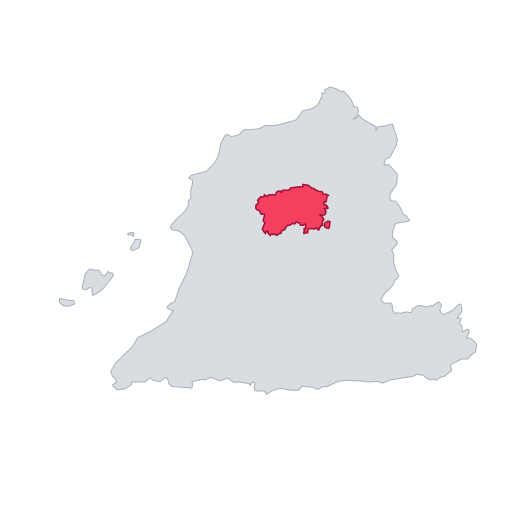 Spain, with Ciudad Real highlighted, rotated 170°
{"feature_id": "ESP-5816", "entity_name": "Ciudad Real", "entity_type": "Autonomous Community", "adm_level": 1, "iso_a3": "ESP", "parent_name": "Spain", "parent_adm1": "", "projection": "albers", "projection_center": [-4.048, 38.963], "detail": "fine", "context": "in_parent", "style": "filled", "palette": "rose", "viewbox_px": 512, "rotation_deg": 170, "n_neighbors": 0, "source": "natural_earth", "source_scale": "10m", "svg_char_len": 7983}
<svg xmlns="http://www.w3.org/2000/svg" viewBox="0 0 512 512"><g transform="rotate(170 256 256)"><path d="M269.5,117.8L269.5,119.2L271.9,121.7L278.9,123.0L280.7,124.1L280.5,127.7L278.9,130.8L280.4,132.1L282.1,132.0L284.1,129.5L284.5,131.1L287.8,132.5L294.8,135.1L299.8,135.3L305.1,140.7L313.4,139.3L321.2,144.3L328.2,142.8L329.8,143.8L340.7,143.4L341.1,139.0L342.3,137.2L361.6,142.2L364.1,145.8L363.8,147.7L365.1,152.0L367.5,151.7L372.4,148.9L379.1,151.5L380.9,154.1L382.3,154.2L387.0,151.2L400.4,153.4L400.8,151.3L401.7,150.7L407.1,148.4L409.3,147.8L416.5,148.6L417.5,151.0L419.0,151.9L419.7,154.0L415.7,155.6L415.5,159.3L418.3,162.3L419.1,167.7L412.5,175.2L392.9,188.6L386.6,196.1L371.5,200.7L356.0,206.9L347.0,216.8L349.5,217.4L352.5,220.5L351.6,222.0L347.6,224.4L343.9,225.2L337.5,237.2L328.3,249.7L325.0,255.3L318.0,269.7L318.1,273.7L322.4,287.6L324.8,291.2L328.0,294.1L333.9,296.5L335.5,299.0L333.6,301.6L327.9,306.2L318.0,312.6L313.9,317.4L313.1,321.9L310.2,324.1L309.3,330.4L305.6,339.4L305.4,341.7L308.7,344.7L305.6,346.8L289.8,348.1L280.2,355.3L275.4,361.5L271.2,372.9L265.9,379.7L263.5,381.0L259.7,378.1L255.0,377.8L250.5,378.8L248.2,381.2L244.5,382.5L240.9,381.5L233.0,380.9L229.6,381.1L224.1,383.0L219.4,381.8L211.5,381.2L194.5,382.7L192.3,383.4L184.7,391.0L176.4,391.1L168.8,394.1L163.7,401.4L162.6,405.4L161.2,404.4L160.0,404.7L159.3,407.8L154.1,409.6L148.3,407.0L143.5,403.2L141.0,402.9L137.0,397.1L135.3,393.4L134.1,389.4L134.1,386.6L130.5,384.9L129.7,381.3L132.4,376.6L136.0,374.1L132.7,374.3L130.3,377.2L127.4,372.3L115.3,362.5L116.0,359.2L113.9,361.6L112.4,362.2L106.2,361.6L98.8,362.5L96.4,346.4L98.5,340.8L106.9,330.1L112.0,328.8L114.2,323.2L109.6,323.3L102.6,312.1L104.9,302.1L112.4,294.7L113.7,291.7L114.1,288.8L112.8,286.8L108.8,285.6L105.0,277.4L104.3,272.4L101.1,269.4L98.5,264.4L101.0,263.7L111.2,264.0L113.7,262.8L115.7,259.6L117.8,254.2L118.4,250.8L114.6,245.9L114.5,244.9L115.1,243.3L121.4,238.2L120.2,234.2L121.5,225.9L121.1,221.0L120.6,217.0L118.7,211.8L120.1,209.8L123.3,208.1L126.0,203.9L129.8,200.5L134.7,197.8L140.5,191.8L139.7,189.0L137.8,187.4L130.9,186.0L130.4,184.7L130.7,178.0L128.9,175.3L126.4,175.5L122.6,174.2L121.7,174.9L116.8,174.6L113.4,173.3L112.0,174.2L111.5,176.6L105.7,178.8L102.5,178.6L97.2,176.3L91.2,176.8L90.5,176.2L85.3,178.8L83.6,178.8L81.6,175.4L84.6,170.7L82.4,166.0L80.8,165.8L71.2,168.7L65.5,172.8L63.2,173.2L62.5,172.4L62.6,166.1L68.7,159.8L65.0,159.2L65.3,157.2L67.8,154.3L65.5,151.9L65.9,145.2L60.6,147.1L59.3,146.7L59.4,144.0L62.9,138.8L59.6,138.0L57.2,135.8L54.3,131.3L54.4,129.0L56.4,123.6L61.0,121.3L65.5,117.8L71.5,118.8L80.6,116.1L83.7,114.5L83.7,112.3L82.7,110.5L83.7,109.0L91.2,104.8L95.5,104.5L100.1,102.4L103.0,104.0L105.6,103.6L108.5,105.5L112.3,109.6L118.0,111.4L122.7,110.3L146.2,110.6L153.0,108.7L158.1,111.3L168.2,112.6L174.2,114.7L190.9,118.2L197.0,118.3L209.1,115.0L212.5,115.8L217.3,114.1L219.7,114.5L222.7,116.8L233.5,119.8L236.2,117.1L238.3,116.5L246.1,118.1L253.9,121.3L257.9,121.4L263.8,120.4L269.5,117.8ZM422.7,252.7L425.8,253.8L428.7,252.4L430.4,252.6L432.0,253.1L432.6,255.6L427.0,268.4L422.1,272.1L416.6,269.9L413.5,269.5L412.5,268.6L411.5,264.7L410.0,263.5L407.9,263.1L404.1,266.5L402.7,264.5L400.7,264.3L399.9,263.1L399.8,261.4L411.6,251.0L415.1,248.6L422.6,245.6L423.8,245.9L422.9,247.4L424.0,248.7L422.7,252.7ZM457.7,244.7L456.8,248.2L447.1,244.5L444.0,244.3L443.2,243.6L443.2,240.2L449.4,239.2L454.6,240.4L457.7,244.7ZM373.3,290.7L372.4,293.2L367.6,292.6L366.6,291.7L367.4,288.9L368.7,288.4L368.7,286.5L370.0,284.5L376.5,282.5L378.1,283.7L378.5,285.6L374.8,290.0L373.3,290.7ZM378.5,300.1L377.8,300.7L372.7,300.5L372.5,298.9L373.4,296.6L375.4,298.7L378.4,299.0L378.5,300.1Z" fill="#d9dde1" stroke="#a8b0b8" stroke-width="1"/><path d="M244.5,279.7L245.1,281.6L241.5,287.0L242.5,288.9L242.7,289.6L242.6,290.2L240.5,294.5L240.4,295.0L240.8,295.8L241.5,296.0L243.0,295.9L244.1,297.0L244.6,299.7L245.1,300.5L246.7,301.0L247.6,302.4L247.9,303.0L247.8,303.8L247.1,306.1L246.8,306.6L245.3,307.1L244.9,307.4L244.6,307.8L244.2,309.1L244.8,310.2L244.5,310.7L244.1,311.1L243.4,311.8L242.9,312.0L242.7,312.2L241.8,312.7L241.6,312.8L241.3,313.1L241.2,313.3L240.9,313.5L240.7,313.6L240.2,313.4L240.0,313.2L239.7,313.1L239.4,313.0L238.9,313.0L238.5,313.1L238.0,313.3L237.4,313.8L237.2,314.0L237.2,314.5L237.1,314.8L236.7,314.7L236.3,314.2L235.6,313.2L235.3,313.0L235.1,312.8L234.8,312.8L233.9,313.4L233.5,313.8L233.2,314.0L232.8,314.0L231.7,313.7L229.6,313.6L229.0,313.5L228.4,313.3L227.8,313.0L227.5,312.9L227.0,312.9L226.3,313.0L225.8,313.3L225.6,313.6L225.4,313.8L225.4,314.1L225.3,314.4L225.2,314.6L224.8,315.1L224.0,315.6L223.2,315.9L222.9,316.0L222.5,316.0L222.0,315.9L220.9,315.7L220.7,315.5L220.6,315.3L220.5,315.0L220.5,314.7L220.4,314.5L220.2,314.3L219.9,314.2L219.5,314.3L219.2,314.5L219.0,314.8L218.9,315.7L218.8,315.9L218.6,316.1L218.2,316.2L217.8,316.2L216.2,315.8L215.6,315.7L214.8,315.4L214.6,315.3L214.3,315.4L214.1,315.5L213.6,315.3L213.3,315.2L212.9,315.2L212.4,315.2L212.0,315.3L211.5,315.6L211.3,315.9L211.0,316.5L210.4,316.8L209.4,317.0L200.6,316.6L199.4,316.2L198.8,316.1L198.1,316.1L197.9,316.2L197.6,316.4L197.5,316.7L197.5,318.2L197.1,318.3L196.7,318.2L194.7,317.4L194.3,317.3L193.5,317.0L192.1,316.4L191.8,316.2L191.5,315.8L190.9,315.0L190.1,314.0L189.3,313.3L188.8,313.1L188.4,312.8L188.0,312.6L187.7,312.6L187.4,312.5L187.2,312.4L186.9,312.0L186.8,311.7L186.5,311.3L185.4,310.5L184.9,310.2L184.3,309.9L184.2,309.6L184.0,309.4L183.6,309.1L182.3,308.5L181.9,308.4L181.3,308.3L180.9,308.3L180.5,308.1L179.8,307.7L179.5,307.2L179.3,306.9L179.3,306.2L179.3,305.9L179.2,305.3L179.1,305.0L178.8,304.9L177.9,304.9L177.5,304.9L176.9,304.9L175.9,304.5L174.1,303.1L174.6,302.9L174.9,302.8L175.1,302.9L175.3,302.8L175.5,302.7L175.8,302.3L176.1,301.5L176.9,298.8L177.0,298.4L177.5,297.5L177.8,297.3L178.0,297.1L178.2,296.9L178.5,296.8L178.8,296.8L179.6,296.9L179.9,296.9L180.0,296.7L180.2,295.8L180.3,295.3L180.2,294.8L180.0,294.6L179.2,294.4L178.0,294.0L177.8,293.8L177.6,293.6L177.5,293.3L177.5,293.0L177.5,292.7L177.5,292.4L177.4,292.4L177.2,292.2L177.0,291.7L177.0,291.4L176.9,291.2L176.8,290.9L176.8,290.6L177.0,290.4L177.3,290.3L177.6,290.4L177.8,290.5L178.6,290.9L179.1,291.1L179.4,291.1L179.7,291.0L180.4,290.6L180.5,290.3L180.5,290.0L180.3,289.7L179.7,289.4L179.5,289.2L179.4,288.8L179.5,288.2L179.8,286.6L180.0,286.2L180.1,285.9L180.3,285.7L180.8,285.3L180.9,285.0L181.1,284.8L181.3,284.6L181.6,284.6L182.1,284.7L182.4,284.8L182.7,284.7L183.2,284.6L183.8,284.7L184.0,284.8L184.3,285.0L185.3,285.5L185.5,285.6L185.9,285.6L185.5,284.9L184.6,283.9L184.3,283.6L184.1,283.3L184.1,283.1L183.6,282.2L183.0,280.7L182.9,280.4L182.9,280.0L183.1,279.6L183.4,279.5L183.7,279.4L184.0,279.2L184.3,278.9L184.8,277.5L185.2,276.7L185.3,276.0L184.9,274.7L187.2,274.5L187.3,273.9L187.7,273.4L188.2,273.0L188.7,272.8L188.9,271.9L189.2,271.2L189.6,270.8L190.4,270.8L190.8,272.6L191.2,273.1L191.5,273.3L191.9,273.4L192.3,273.2L192.6,272.6L192.8,272.5L193.0,272.4L198.7,273.7L200.2,272.9L201.2,269.8L202.2,270.3L204.8,269.8L204.8,270.1L204.9,270.9L204.8,271.3L204.4,271.5L204.1,271.7L203.7,271.9L203.7,272.4L203.7,272.7L204.1,273.1L204.2,273.4L204.2,273.8L204.1,274.1L203.6,274.7L202.4,274.5L202.1,276.4L201.6,277.6L201.6,278.0L201.8,278.4L202.5,278.9L202.8,279.0L203.1,278.9L203.8,278.1L206.9,278.6L207.1,280.8L209.0,281.5L209.8,282.2L210.9,282.3L211.7,281.3L212.2,281.0L212.8,280.9L214.1,281.9L214.5,281.9L215.9,280.9L218.7,280.4L219.6,280.7L222.0,278.9L222.2,277.8L224.4,276.5L226.1,276.5L226.6,276.2L226.9,275.7L227.2,274.2L227.6,273.9L230.9,273.7L230.9,273.1L232.2,272.8L234.4,274.6L235.9,274.3L237.2,274.8L238.6,273.7L239.4,275.3L240.5,276.9L239.7,277.8L240.2,278.5L241.8,278.3L243.0,276.6L244.5,279.7ZM179.8,270.5L182.4,271.9L183.0,272.6L183.3,273.1L183.4,273.6L182.7,275.3L183.1,275.9L182.6,276.5L182.3,276.6L181.2,276.9L180.5,277.3L180.3,277.4L180.1,277.5L179.9,277.5L179.2,277.9L177.2,276.9L178.6,272.0L179.4,270.7L179.8,270.5Z" fill="#f43f5e" stroke="#9f1239" stroke-width="1.5"/></g></svg>